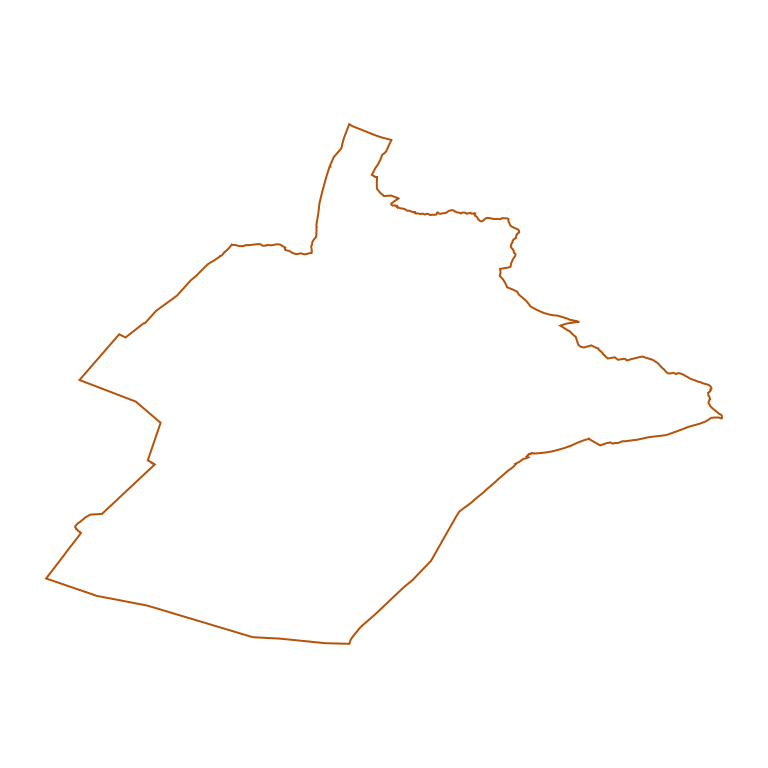 "Vestre Slidre" nor, Oppland, Norway (Natural Earth projection)
{"feature_id": "86288312B11903368745588", "entity_name": "\"Vestre Slidre\" nor", "entity_type": "district", "adm_level": 2, "iso_a3": "NOR", "parent_name": "Norway", "parent_adm1": "Oppland", "projection": "natural_earth1", "projection_center": [8.94, 61.053], "detail": "fine", "context": "isolated", "style": "outline", "palette": "amber", "viewbox_px": 768, "rotation_deg": 0, "n_neighbors": 0, "source": "geoboundaries", "source_scale": "gbopen_adm2", "svg_char_len": 6065}
<svg xmlns="http://www.w3.org/2000/svg" viewBox="0 0 768 768"><path d="M349.4,643.8L350.8,639.4L354.3,634.6L356.5,632.1L359.9,627.8L362.4,625.4L375.0,614.5L404.0,587.0L412.5,580.1L431.1,560.7L455.7,517.3L459.2,511.6L471.3,502.6L476.2,498.2L483.1,492.7L486.0,489.9L495.6,481.7L497.6,479.7L507.8,470.9L513.7,466.6L513.8,466.3L515.8,464.3L515.3,463.8L515.5,463.7L518.8,462.1L521.2,460.5L522.9,459.2L523.8,458.8L525.9,458.4L528.4,457.3L526.6,456.4L528.7,454.6L528.5,454.4L529.1,453.9L529.7,453.8L529.9,454.2L530.4,454.1L530.3,453.9L531.8,452.9L533.8,453.6L534.4,453.3L534.7,453.5L541.0,453.0L547.0,452.3L553.5,451.1L563.9,448.2L569.7,446.1L569.8,446.3L572.2,445.1L579.7,441.8L584.9,439.9L588.0,439.2L589.0,438.5L590.0,439.6L600.3,445.4L606.7,443.1L609.9,442.6L610.5,442.4L612.8,443.7L613.3,443.4L615.3,443.0L617.8,443.1L622.7,441.2L625.6,441.3L626.3,441.1L637.2,439.7L648.7,437.2L666.1,435.1L679.3,430.4L688.9,426.7L700.1,423.6L705.5,421.5L709.1,419.3L711.0,417.9L714.7,417.5L718.1,417.5L719.3,417.7L720.8,418.3L721.5,418.4L721.9,418.2L721.9,415.9L721.4,415.1L720.4,414.3L719.6,414.1L713.1,408.9L710.2,406.2L709.8,404.9L709.0,404.1L708.5,402.7L709.2,400.1L710.1,399.3L710.1,399.0L709.2,396.6L708.5,395.7L708.1,392.7L709.0,392.2L710.3,391.1L710.7,390.4L710.3,389.9L710.2,389.5L711.5,388.5L710.7,386.6L709.0,385.1L706.4,384.2L702.1,383.1L701.0,382.3L698.3,381.7L694.8,380.3L690.2,378.7L688.5,377.6L682.7,374.4L680.4,373.5L678.3,373.1L677.2,373.4L676.3,374.1L675.1,373.7L673.9,372.9L672.7,372.9L670.8,373.4L668.1,373.4L665.9,371.8L664.6,370.0L661.3,367.1L658.0,363.3L652.6,359.8L642.1,356.5L631.4,359.1L627.0,360.5L624.9,358.8L623.2,358.9L618.0,359.8L614.7,357.3L607.9,358.5L607.8,358.3L605.9,356.9L603.9,354.7L602.9,354.1L602.6,353.0L598.6,349.5L598.4,348.5L597.1,348.2L591.2,345.4L583.9,347.5L580.5,346.7L578.2,344.6L575.7,336.8L573.7,335.3L571.1,332.6L570.9,332.6L570.5,332.0L569.7,331.2L568.5,330.7L564.7,328.4L560.3,325.6L567.1,323.5L576.9,322.0L579.4,322.0L576.6,321.1L569.2,319.6L567.7,318.7L557.6,315.6L553.3,315.3L549.1,314.5L546.2,313.6L544.7,313.3L541.9,312.2L535.9,309.4L530.7,306.6L526.3,300.9L519.3,295.0L518.5,294.1L517.2,291.7L512.3,289.3L507.1,287.3L506.1,284.8L504.7,282.1L502.7,279.0L499.7,275.9L500.3,274.1L500.5,271.1L500.0,268.9L508.0,267.6L510.5,266.8L511.3,262.7L512.1,261.3L512.7,259.6L515.1,256.1L515.5,254.4L515.3,253.8L514.8,253.3L514.0,252.8L513.8,252.4L513.7,252.2L513.8,251.5L513.6,250.6L513.2,250.1L513.0,249.6L512.7,249.1L511.5,248.0L511.4,247.6L511.0,247.2L510.7,246.4L510.8,245.8L511.2,245.1L511.4,243.6L512.5,242.4L512.7,240.6L514.0,239.1L515.9,238.0L515.9,237.3L516.4,235.8L516.5,234.6L517.0,234.4L517.4,233.6L518.3,233.2L519.0,232.5L518.8,232.2L519.1,231.9L518.9,230.5L518.5,229.8L512.3,226.9L510.8,226.0L510.3,225.3L508.3,220.9L508.5,219.1L507.8,218.6L505.8,218.3L502.1,218.1L501.5,218.8L500.7,219.0L498.9,219.2L497.2,218.8L496.1,219.0L494.8,218.9L494.0,219.1L493.1,219.0L491.8,218.5L490.9,218.5L490.0,218.1L487.2,217.9L486.2,218.2L484.3,219.3L484.0,219.9L483.4,220.4L482.5,221.0L481.8,221.3L480.8,221.2L480.0,220.9L478.2,219.3L477.4,217.7L475.9,216.1L474.9,215.7L474.7,215.1L475.3,213.4L474.7,213.2L471.9,213.8L471.5,213.7L470.9,213.0L470.5,213.0L468.4,213.2L467.7,213.6L467.1,213.5L466.7,213.7L466.4,213.6L465.1,212.6L464.8,212.6L462.2,212.6L461.1,213.3L460.7,213.4L460.0,212.9L459.3,212.7L456.9,212.4L455.9,211.8L454.9,211.6L454.4,210.8L453.7,210.7L452.8,210.2L452.4,210.1L449.3,210.7L446.9,212.2L446.4,212.7L444.3,213.2L442.2,213.3L441.0,213.8L439.4,213.7L438.6,213.3L438.2,212.6L437.4,212.5L436.9,212.9L436.4,214.5L435.8,214.7L434.8,214.7L433.8,214.9L432.2,214.6L431.4,214.9L430.1,215.0L428.1,213.9L426.0,213.9L425.4,214.4L424.8,214.5L424.1,214.3L423.0,213.7L421.9,213.7L421.0,214.1L420.4,214.1L419.7,213.8L418.3,213.5L415.2,213.4L414.7,212.9L414.8,212.6L415.3,212.3L415.1,212.0L412.8,212.0L411.0,211.5L410.2,210.8L407.8,210.8L406.7,210.5L406.4,210.3L406.1,209.9L404.0,208.8L402.0,208.6L401.3,208.3L400.5,208.3L398.3,207.5L397.8,207.8L397.3,207.1L396.8,206.8L397.5,206.4L397.3,206.0L397.0,205.8L394.7,205.4L393.2,205.6L392.5,205.5L391.2,204.4L391.7,203.2L396.2,199.9L398.1,198.9L398.5,198.5L397.0,197.7L395.0,197.1L391.5,195.7L390.9,195.6L383.8,196.0L383.1,195.2L380.5,193.1L376.9,188.7L376.8,182.7L377.1,177.0L376.3,177.1L375.3,176.9L375.3,176.7L374.3,176.4L374.0,176.1L373.7,176.1L373.4,175.7L371.8,174.9L375.4,168.0L377.7,164.8L380.4,159.6L382.2,154.8L384.9,152.8L386.1,151.4L391.4,140.0L381.2,137.3L375.1,135.2L352.5,126.2L349.2,124.2L343.7,138.7L342.1,144.8L341.8,147.0L341.3,148.2L339.3,150.8L333.8,157.0L330.0,165.6L330.3,165.7L330.5,166.7L329.5,166.9L326.4,176.6L322.2,191.8L319.5,203.1L318.4,212.6L316.3,225.5L316.8,227.0L316.6,227.3L316.4,228.6L316.6,230.8L316.3,232.4L316.5,234.4L316.3,235.6L315.9,236.8L316.0,237.1L315.2,237.9L313.4,240.2L312.5,241.7L311.9,244.9L311.3,246.0L311.2,247.0L311.6,248.8L311.8,251.4L311.6,253.0L310.7,253.0L305.0,254.3L304.3,254.3L300.5,253.3L297.7,254.0L296.1,254.0L294.3,253.6L292.0,252.7L290.2,251.4L289.0,250.9L285.7,250.1L285.1,249.7L284.8,248.6L285.4,247.8L285.1,247.4L282.2,246.0L281.2,245.1L280.4,244.7L278.4,244.3L275.9,244.4L272.5,245.2L271.2,245.3L267.0,245.0L266.1,245.5L265.1,245.7L262.4,245.7L260.6,244.3L259.4,244.1L257.8,244.1L249.3,245.1L246.3,245.1L244.8,245.5L243.3,246.2L242.7,246.1L239.6,246.1L234.9,245.0L232.8,244.9L231.8,244.5L229.3,247.7L226.6,250.5L224.4,252.1L224.6,252.3L223.1,253.9L222.2,255.2L220.1,256.0L220.2,256.3L214.2,260.4L210.3,262.6L207.8,264.3L204.0,267.9L196.2,275.8L190.8,280.3L177.0,295.6L156.0,310.9L146.0,322.1L144.9,323.2L143.6,323.3L125.5,337.5L119.2,334.3L79.5,380.0L135.8,401.6L160.6,422.8L147.8,460.3L153.0,463.3L152.6,463.5L154.7,464.5L102.0,513.9L90.6,514.6L89.9,514.8L85.4,517.4L79.6,522.3L78.3,522.9L77.1,524.1L75.5,525.9L75.1,526.8L75.1,527.2L75.6,527.7L75.8,528.3L76.5,529.3L77.0,529.4L77.1,529.5L76.9,529.6L77.8,530.2L78.2,531.1L79.8,531.9L80.2,532.5L80.9,532.9L80.0,534.4L66.7,551.5L65.1,553.8L46.1,578.5L96.9,595.9L147.3,605.6L252.8,637.2L279.6,638.6L325.1,643.2L349.4,643.8Z" fill="none" stroke="#b45309" stroke-width="2"/></svg>